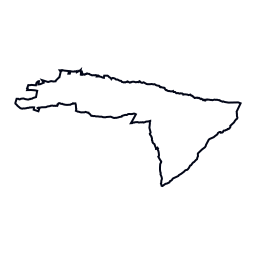 Teolocholco, Tlaxcala, Mexico (orthographic projection)
{"feature_id": "50627088B11304069898900", "entity_name": "Teolocholco", "entity_type": "district", "adm_level": 2, "iso_a3": "MEX", "parent_name": "Mexico", "parent_adm1": "Tlaxcala", "projection": "orthographic", "projection_center": [-98.142, 19.211], "detail": "fine", "context": "isolated", "style": "outline", "palette": "ink", "viewbox_px": 256, "rotation_deg": 0, "n_neighbors": 0, "source": "geoboundaries", "source_scale": "gbopen_adm2", "svg_char_len": 5657}
<svg xmlns="http://www.w3.org/2000/svg" viewBox="0 0 256 256"><path d="M240.6,103.3L238.2,102.4L228.5,102.6L224.8,102.0L223.1,101.4L222.6,101.7L220.0,100.7L219.8,100.3L219.3,100.1L218.4,100.1L216.9,99.7L216.0,99.9L214.6,99.6L212.3,100.2L211.2,99.9L210.7,100.0L208.7,99.6L207.6,99.7L207.1,99.4L206.2,99.7L205.5,100.5L205.0,100.5L204.7,99.8L204.1,100.1L203.1,100.2L202.8,99.8L203.0,99.6L202.8,99.3L202.3,99.3L201.8,99.0L201.0,99.1L200.8,98.6L200.4,98.7L199.7,98.5L199.3,98.3L199.1,97.9L198.9,97.8L197.8,98.0L197.1,97.6L196.7,97.8L195.9,97.7L195.0,98.0L194.6,98.0L194.0,97.3L193.3,96.9L193.0,96.4L192.7,96.3L192.6,96.1L192.3,95.8L191.8,95.8L191.4,95.7L191.3,95.4L190.8,95.2L190.4,94.6L188.6,95.1L187.4,94.6L184.8,94.3L183.3,94.6L183.2,94.1L182.0,93.4L181.1,93.5L180.5,93.3L179.6,93.6L179.2,93.6L178.8,93.3L177.9,93.0L177.3,93.2L176.3,93.2L175.1,92.0L173.7,92.0L173.1,91.0L172.4,91.4L170.3,91.3L169.3,91.0L168.8,91.1L167.6,90.8L167.0,90.5L166.6,90.0L166.0,90.1L165.6,89.8L164.7,88.6L164.7,88.1L164.4,87.8L163.8,87.8L163.0,87.5L162.2,87.5L160.5,86.8L160.3,87.2L160.0,87.1L159.1,85.8L157.0,85.5L155.9,85.1L155.6,84.8L154.5,84.2L153.6,84.4L151.6,84.0L150.0,84.2L147.6,84.2L146.6,84.0L145.5,83.4L143.8,82.4L143.4,82.3L142.6,82.8L142.1,82.8L141.5,82.7L140.7,82.3L140.0,81.5L139.4,81.2L138.7,82.2L137.1,82.0L135.9,82.3L133.8,81.7L132.0,81.8L131.1,82.3L130.5,82.2L130.1,82.6L129.6,82.6L128.5,81.9L128.0,81.7L127.6,81.4L127.4,81.5L127.0,82.0L126.5,81.8L125.3,82.4L124.7,82.2L124.2,82.4L123.6,82.4L122.9,82.1L122.0,82.0L121.1,80.9L119.6,80.7L117.5,79.5L116.0,79.5L115.1,78.7L113.6,78.1L112.7,78.0L112.4,78.3L111.4,78.3L111.2,78.8L110.9,78.3L110.3,77.7L109.5,77.4L108.1,76.0L107.6,75.7L104.2,75.7L104.0,76.6L103.9,77.8L102.5,77.5L101.0,76.8L99.8,76.6L98.9,75.9L98.7,76.4L96.7,76.5L97.0,75.4L96.0,75.2L95.2,75.1L94.8,75.3L93.0,75.2L92.6,75.3L91.9,75.3L91.5,75.0L90.3,74.7L89.2,73.9L88.2,73.9L87.0,73.4L86.3,74.0L85.8,73.9L84.9,74.6L84.6,74.3L83.9,74.6L83.2,74.2L82.9,74.2L82.5,74.3L82.3,74.8L81.0,74.8L80.8,74.7L81.0,73.6L80.9,72.9L82.2,72.9L81.8,71.4L80.4,71.0L80.6,70.0L80.1,70.5L79.0,70.7L78.5,71.3L76.8,72.2L76.7,71.1L75.6,71.5L75.2,71.3L74.6,71.3L74.2,71.6L71.9,71.5L70.5,71.2L69.8,73.7L68.4,73.7L69.1,71.1L64.3,70.6L62.1,70.1L61.8,70.6L61.4,70.3L59.7,70.3L60.7,71.8L59.4,77.3L59.0,77.4L55.9,80.5L55.6,81.3L53.4,81.5L51.1,81.1L48.1,82.0L42.0,80.1L43.7,82.7L40.2,84.2L38.4,84.4L39.0,81.2L38.6,81.2L37.7,81.6L37.1,82.2L37.1,82.5L36.6,82.7L36.1,84.2L35.9,85.3L31.4,84.9L29.9,85.2L28.3,85.1L27.1,88.3L27.7,88.5L27.1,90.1L31.0,90.0L34.9,90.3L37.2,90.8L36.0,97.1L33.1,98.0L32.2,98.6L31.1,98.8L30.6,99.0L30.3,98.9L30.2,99.1L28.9,99.3L28.2,99.6L25.2,99.1L23.7,98.5L22.0,98.6L20.5,98.9L20.0,99.3L19.3,99.4L18.3,98.8L16.6,98.8L15.4,102.8L15.4,103.6L16.6,104.7L17.5,105.8L20.4,108.2L22.2,108.7L23.2,108.4L24.5,108.5L26.4,108.2L27.3,107.9L28.6,107.9L29.9,107.4L30.9,107.5L32.1,107.3L34.1,107.4L33.7,109.7L38.4,111.3L39.3,108.7L37.8,108.1L37.7,108.0L38.2,107.7L39.6,107.7L41.6,107.3L45.9,107.2L47.4,106.5L50.0,106.1L50.8,105.7L52.5,105.6L53.9,105.9L54.8,105.7L55.4,105.9L56.3,105.7L57.0,105.9L57.4,104.8L57.7,105.0L58.3,103.6L58.6,103.5L59.1,103.1L59.6,103.3L60.1,103.3L60.4,103.6L61.6,103.9L62.4,103.8L63.3,104.4L64.0,104.4L64.8,104.7L66.9,104.9L70.5,104.7L71.1,104.2L72.5,103.8L73.0,103.3L73.3,103.6L73.6,103.7L75.1,103.3L75.4,103.4L75.4,103.7L75.8,104.6L76.1,108.6L76.3,108.9L75.9,110.8L76.5,111.0L77.6,111.6L78.6,111.7L80.6,112.3L81.5,112.4L83.5,112.3L84.5,112.3L85.6,111.9L86.9,112.4L88.1,112.6L88.0,112.8L89.6,113.8L90.6,114.9L91.0,115.6L91.8,115.9L92.3,115.8L93.1,116.1L94.4,116.0L96.0,116.4L98.0,116.4L99.7,116.7L101.7,116.7L103.1,117.2L105.4,117.3L106.5,117.0L110.7,116.7L113.4,117.8L114.2,118.0L115.3,117.8L116.0,117.9L118.3,117.4L119.4,117.0L121.7,116.6L122.0,115.9L125.2,114.9L126.8,115.0L128.1,114.1L129.1,114.0L131.8,114.1L133.9,113.6L134.7,113.7L135.9,114.3L132.2,121.0L130.9,123.2L132.3,123.1L132.8,122.7L133.7,122.5L134.1,122.6L134.8,122.3L135.7,122.2L137.7,122.1L138.7,122.5L139.3,122.5L140.7,122.3L141.8,122.4L142.6,122.2L143.2,122.5L143.4,122.3L144.6,122.3L146.1,121.6L148.5,121.4L150.2,120.9L150.2,121.3L149.8,121.8L149.9,123.3L149.4,127.8L150.6,132.4L150.4,133.0L149.8,133.7L150.0,134.6L150.5,135.1L151.5,136.7L151.6,137.5L152.0,138.2L151.9,139.8L152.0,140.4L152.4,140.9L152.5,142.1L153.2,143.2L154.5,144.2L155.3,146.7L155.9,147.7L156.0,148.9L156.5,148.8L157.5,147.8L157.9,148.5L158.0,148.6L157.5,149.3L158.3,150.8L158.7,152.5L159.0,155.2L158.8,155.8L158.8,156.2L158.3,156.7L160.1,159.9L161.2,161.4L161.0,161.8L161.1,162.5L160.5,163.3L160.2,164.2L160.0,167.2L160.0,169.7L160.2,171.4L160.6,172.7L160.5,172.8L160.7,173.7L160.5,174.3L161.5,176.7L161.9,178.3L161.9,179.0L161.3,180.9L161.3,182.3L160.9,183.7L161.4,184.5L161.4,185.0L161.6,185.8L162.5,186.0L165.5,183.8L166.9,183.6L167.5,183.2L168.0,183.1L168.4,182.8L169.4,182.4L170.0,181.1L170.7,180.9L171.9,180.0L172.5,179.0L173.1,178.4L178.3,176.0L178.8,175.2L181.2,173.8L184.0,171.7L185.2,170.4L186.2,170.0L187.2,169.8L187.8,169.3L188.9,167.9L190.1,165.6L191.1,165.2L192.5,163.2L193.4,162.3L194.1,162.0L195.8,160.1L197.0,159.2L197.4,157.4L198.0,156.2L197.8,153.8L198.1,153.2L202.1,149.4L204.9,147.3L205.7,146.1L206.0,144.9L208.8,139.6L209.8,138.9L213.7,137.2L215.1,136.0L217.3,134.4L217.9,133.1L219.0,132.3L219.7,132.0L220.5,132.0L220.8,132.7L222.4,132.5L223.0,131.9L223.4,131.0L223.8,130.6L225.2,130.5L225.9,130.0L226.9,129.8L227.6,129.0L228.2,129.1L228.7,128.7L229.3,128.6L230.4,126.9L230.3,125.8L234.0,122.4L235.0,120.7L236.3,119.2L236.8,119.0L237.3,118.2L237.4,117.4L237.0,116.4L236.9,114.9L237.0,114.0L236.8,113.7L236.8,112.4L236.6,111.7L240.6,103.3Z" fill="none" stroke="#020617" stroke-width="2"/></svg>